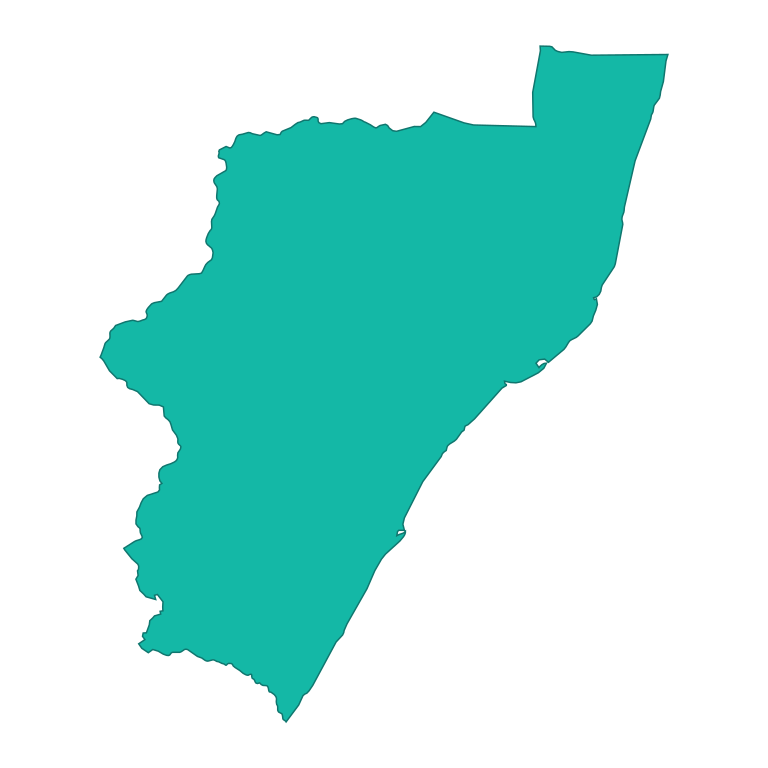 the Province of KwaZulu-Natal
{"feature_id": "ZAF-1216", "entity_name": "KwaZulu-Natal", "entity_type": "Province", "adm_level": 1, "iso_a3": "ZAF", "parent_name": "South Africa", "parent_adm1": "", "projection": "albers", "projection_center": [30.227, -28.943], "detail": "fine", "context": "isolated", "style": "filled", "palette": "teal", "viewbox_px": 768, "rotation_deg": 0, "n_neighbors": 0, "source": "natural_earth", "source_scale": "10m", "svg_char_len": 6115}
<svg xmlns="http://www.w3.org/2000/svg" viewBox="0 0 768 768"><path d="M117.2,378.6L109.5,370.8L103.8,361.0L102.0,358.8L100.1,357.2L101.0,355.3L103.8,347.7L105.0,343.7L105.6,342.7L109.1,339.4L109.6,338.7L109.9,337.8L110.0,336.4L109.9,333.0L110.2,331.9L110.9,330.8L113.7,328.3L115.6,325.5L125.2,321.9L132.5,320.3L133.5,320.4L137.5,321.5L138.7,321.4L140.2,321.0L142.7,320.0L144.3,319.6L145.6,319.0L146.4,318.2L147.1,316.4L147.2,315.2L147.0,314.2L146.3,312.5L146.1,311.8L146.2,311.1L146.9,309.5L148.3,307.5L151.3,304.2L151.9,303.7L154.3,302.7L161.6,301.3L166.3,295.3L167.0,294.6L168.0,293.9L169.8,293.0L173.4,291.8L175.9,290.4L177.9,288.3L187.1,276.3L187.9,275.5L189.5,274.7L191.3,274.2L199.4,273.7L201.5,273.1L203.0,270.5L204.7,266.7L205.8,264.6L207.7,262.5L211.5,259.7L212.4,257.7L213.1,252.7L212.5,250.1L211.8,248.5L211.3,247.9L207.7,244.9L206.7,243.7L206.3,242.9L205.9,241.2L206.1,239.6L206.7,237.5L208.3,233.5L210.1,230.6L211.2,229.5L211.6,228.6L211.8,227.4L211.5,221.5L211.9,219.3L214.3,215.7L215.3,213.5L217.5,207.1L219.1,204.4L219.4,203.5L219.2,202.1L218.9,201.3L217.2,199.7L216.7,198.0L216.7,195.8L217.3,189.5L217.3,188.4L216.8,186.6L214.6,183.3L214.2,182.6L213.8,180.8L213.9,179.8L214.2,178.7L215.1,177.5L217.0,175.6L225.5,170.8L226.1,170.3L226.5,169.1L226.7,167.3L226.1,163.2L225.6,161.4L224.9,160.2L224.3,159.7L218.8,157.8L218.4,156.9L218.4,155.7L219.0,153.6L219.1,152.3L218.8,151.4L219.4,149.9L226.1,146.5L229.8,148.0L231.3,147.5L232.3,146.3L233.5,144.3L234.9,141.4L235.7,138.8L236.2,137.7L237.0,136.3L238.1,135.4L239.1,134.8L242.5,134.2L248.3,132.5L250.1,132.7L252.3,133.7L259.8,135.4L260.7,135.3L261.5,134.9L264.1,133.0L266.2,131.8L277.1,134.8L280.1,134.5L281.2,132.3L282.3,131.2L291.0,127.6L295.4,124.2L297.9,122.6L300.0,122.1L304.0,120.3L305.0,120.2L308.4,120.3L309.1,119.9L310.6,118.3L312.0,117.1L313.1,116.8L314.1,116.7L316.7,117.4L317.4,117.7L317.9,118.3L318.1,119.2L318.1,121.0L318.8,122.6L320.9,123.7L329.3,122.6L339.4,124.0L342.5,123.7L344.6,121.4L347.6,119.9L351.7,118.7L354.1,118.3L355.8,118.3L360.8,119.9L362.4,120.7L364.3,121.9L365.3,122.2L370.4,124.8L373.7,127.0L375.8,127.9L377.1,127.5L378.4,126.5L380.1,125.5L385.4,124.3L387.6,125.5L389.2,128.0L392.7,130.7L396.5,131.3L414.2,126.5L420.6,126.6L425.8,122.4L433.9,112.2L464.1,122.9L473.6,125.0L535.9,126.6L535.8,124.5L535.4,122.7L534.7,121.0L533.8,119.3L533.1,116.9L532.7,92.4L540.4,50.8L540.1,46.1L549.6,46.3L551.9,46.8L555.3,50.3L557.6,51.4L561.7,52.4L569.0,51.6L573.1,51.9L591.3,55.2L667.9,54.5L666.0,60.9L663.4,81.5L660.6,91.6L660.2,95.0L659.4,98.3L654.2,105.3L653.8,106.7L653.1,111.2L652.7,112.6L651.4,115.0L650.7,119.1L635.1,160.8L624.4,207.1L624.1,210.7L623.8,212.3L622.4,216.0L622.0,217.7L621.9,219.7L622.6,222.7L622.8,224.4L615.3,263.8L614.3,266.7L602.2,285.0L601.4,287.5L600.8,291.1L599.2,294.4L596.7,296.8L593.6,297.7L594.1,299.3L594.6,299.7L596.4,298.8L597.4,304.4L595.8,310.2L593.4,315.9L592.1,321.1L590.3,323.8L578.0,336.0L576.2,337.4L571.7,339.6L569.9,340.7L568.5,342.5L565.8,347.0L564.0,349.3L548.5,362.3L544.7,359.1L539.2,359.8L536.0,363.2L539.0,367.6L540.1,366.2L542.0,364.6L544.2,363.4L546.5,363.2L543.8,368.3L538.3,372.8L521.0,381.8L516.0,382.8L510.6,382.5L504.5,381.2L504.9,383.4L505.4,384.1L506.3,384.5L506.3,385.5L502.0,388.1L474.6,418.8L468.0,424.7L465.8,425.7L465.0,426.3L464.7,427.3L464.1,430.1L463.5,430.6L461.7,431.9L456.4,439.3L454.3,441.1L449.6,444.0L447.7,445.7L447.0,447.2L446.2,450.5L444.5,451.6L443.4,452.6L442.3,453.8L441.2,456.6L422.8,481.6L404.4,517.9L402.9,524.2L404.4,530.3L398.8,530.3L397.5,531.6L396.8,535.7L398.9,534.6L403.6,533.0L405.4,531.3L405.4,532.5L405.1,533.6L404.7,534.7L403.5,536.7L399.9,541.0L385.5,554.1L381.5,559.1L374.8,570.7L367.0,588.7L347.0,623.9L344.2,630.3L343.7,632.7L342.6,635.0L336.1,642.0L312.8,685.3L309.0,690.9L306.8,693.2L304.8,694.1L303.0,695.6L298.7,705.0L286.1,721.9L285.6,721.1L283.4,719.6L282.9,718.9L282.5,715.8L282.1,714.2L281.7,713.7L280.8,713.2L278.6,712.0L278.1,711.2L277.7,710.1L277.7,707.0L277.5,705.7L276.7,704.4L276.4,702.6L276.3,701.4L276.5,699.2L276.4,698.0L275.8,696.5L274.3,694.6L271.0,692.2L269.4,691.9L268.8,690.8L268.3,688.0L267.7,686.5L267.1,685.9L266.3,685.6L263.0,685.4L262.1,685.0L261.2,684.5L260.2,683.4L259.6,682.9L257.5,683.5L256.7,683.3L255.8,682.9L255.2,681.9L254.4,680.0L253.7,679.1L252.3,678.4L251.9,677.2L251.7,676.3L251.8,675.3L251.5,674.6L251.0,674.2L249.1,674.7L248.3,675.2L247.2,675.2L245.7,674.7L243.1,673.3L239.9,670.6L235.1,667.5L233.2,665.9L232.8,665.0L232.2,664.1L231.2,663.5L228.6,663.4L227.5,663.9L226.4,665.1L225.8,665.2L223.8,663.9L221.9,663.4L218.7,661.8L216.7,661.4L215.2,660.5L214.0,660.0L213.0,659.8L208.4,661.0L207.5,661.1L206.3,660.9L205.0,660.3L201.8,658.0L197.4,656.4L187.7,649.6L186.1,649.2L185.3,649.3L184.5,649.5L181.3,651.7L179.8,652.3L172.6,652.3L171.8,652.6L171.2,653.0L169.8,654.9L169.1,655.3L168.3,655.5L166.5,655.3L163.2,654.1L158.3,651.2L152.8,649.5L148.3,652.7L141.8,648.3L138.7,643.8L144.9,639.6L142.5,636.3L143.2,633.0L146.4,632.8L149.3,624.8L149.8,620.7L152.7,618.0L154.5,615.9L160.7,614.1L160.1,611.3L162.9,610.8L162.7,606.9L163.0,601.8L157.4,594.5L154.5,595.3L155.7,599.5L146.1,596.8L143.7,594.1L139.9,590.5L138.5,585.9L135.9,579.2L138.1,575.5L137.5,570.8L138.0,570.1L138.5,569.2L138.7,566.6L138.4,565.3L137.7,564.0L131.9,558.8L124.8,550.0L123.8,548.3L134.5,541.5L136.2,540.7L139.8,539.6L141.4,538.8L142.3,537.4L141.9,535.9L140.4,532.8L140.1,530.6L140.1,529.2L139.7,528.1L138.0,526.7L136.0,523.9L136.0,520.1L136.8,515.9L136.9,511.9L139.5,507.1L141.2,502.6L143.4,498.6L147.3,495.4L157.9,492.0L159.5,490.0L159.4,487.4L159.6,484.9L161.9,483.4L159.9,480.9L158.9,477.1L158.9,473.1L159.9,469.7L162.8,466.7L166.7,465.0L170.8,463.7L174.4,462.0L176.0,460.8L177.1,459.4L177.7,457.6L177.6,455.3L177.9,452.8L180.4,449.1L180.9,446.8L180.5,445.9L178.6,444.1L178.0,443.1L177.8,442.0L177.9,439.5L177.8,438.6L176.4,435.2L172.5,429.9L170.9,424.3L169.9,421.7L167.9,419.5L165.8,417.9L164.2,416.0L163.4,406.9L159.2,405.1L153.6,405.0L149.1,403.7L137.5,391.6L132.7,389.5L129.6,388.7L127.7,387.4L126.9,385.4L126.8,382.3L125.5,380.7L122.5,379.3L119.2,378.4L117.2,378.6Z" fill="#14b8a6" stroke="#0f766e" stroke-width="1.5"/></svg>